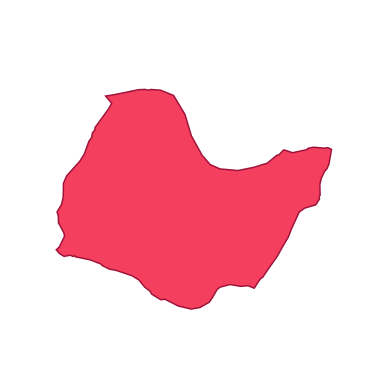 San Andrés Itzapa, Chimaltenango, Guatemala, rotated 256°
{"feature_id": "79465075B72665543071269", "entity_name": "San Andrés Itzapa", "entity_type": "district", "adm_level": 2, "iso_a3": "GTM", "parent_name": "Guatemala", "parent_adm1": "Chimaltenango", "projection": "orthographic", "projection_center": [-90.866, 14.602], "detail": "fine", "context": "isolated", "style": "filled", "palette": "rose", "viewbox_px": 384, "rotation_deg": 256, "n_neighbors": 0, "source": "geoboundaries", "source_scale": "gbopen_adm2", "svg_char_len": 1282}
<svg xmlns="http://www.w3.org/2000/svg" viewBox="0 0 384 384"><g transform="rotate(256 192 192)"><path d="M199.6,337.7L202.2,334.5L202.5,331.2L206.1,320.6L206.3,315.1L205.3,313.5L205.8,299.0L210.1,292.4L210.6,291.0L207.0,285.3L207.1,283.2L201.8,272.0L201.0,258.3L201.7,241.8L207.6,224.8L214.1,216.4L224.8,210.8L246.5,205.0L269.1,203.9L290.1,197.5L298.4,186.1L301.4,177.0L301.5,173.6L302.9,171.3L304.2,164.9L305.2,140.9L306.0,131.4L297.5,135.5L293.2,131.6L278.0,113.5L275.8,112.7L273.2,109.5L269.3,108.0L266.3,104.4L254.8,96.6L249.1,90.7L238.0,74.3L231.6,69.4L217.9,65.7L211.5,62.4L205.2,56.2L201.1,56.5L194.5,55.0L183.3,57.8L179.9,57.6L170.7,49.9L168.8,46.3L164.5,48.4L160.5,52.3L160.0,59.0L158.3,60.7L158.5,62.8L157.3,63.2L150.9,76.6L143.9,86.5L142.4,87.0L136.9,93.5L134.9,98.4L125.2,113.6L119.5,119.2L111.1,123.1L105.9,127.3L102.5,128.3L95.0,135.7L94.5,139.8L84.7,151.1L78.6,162.9L78.0,171.8L80.9,182.1L84.8,186.5L91.2,192.6L92.9,196.3L93.0,206.6L88.7,216.3L87.5,223.7L83.6,229.1L89.9,235.8L91.6,238.0L92.0,239.8L99.2,247.8L108.8,259.0L118.5,268.1L124.8,274.4L132.4,279.8L146.5,291.1L149.1,297.3L149.6,309.0L154.2,313.9L157.1,314.5L157.8,315.5L168.5,317.9L174.2,320.9L180.0,325.7L181.8,328.5L185.9,331.6L199.6,337.7Z" fill="#f43f5e" stroke="#9f1239" stroke-width="1.5"/></g></svg>